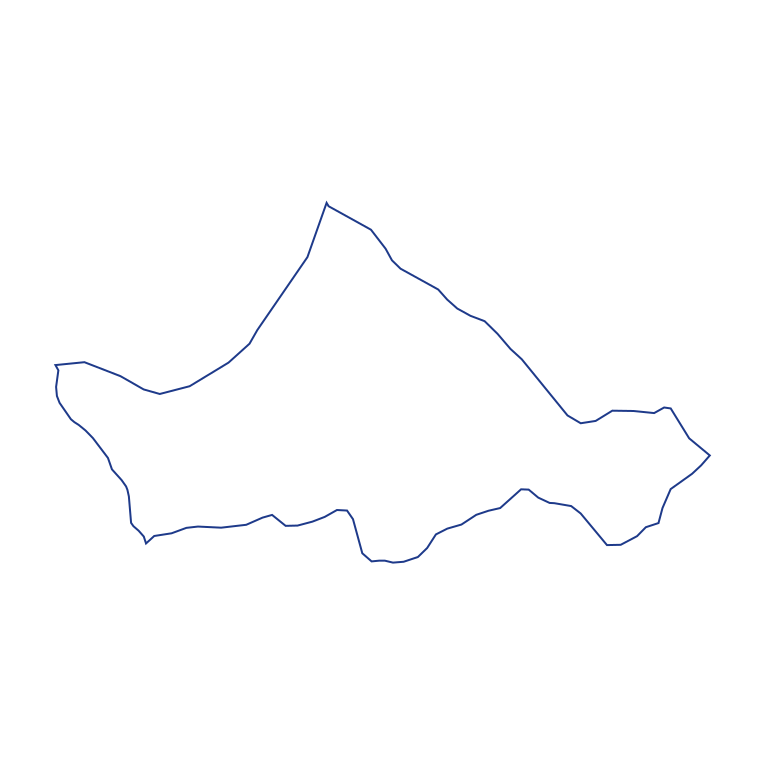 map outline of Bazéga (orthographic projection), rotated 183°
{"feature_id": "BFA-2814", "entity_name": "Bazéga", "entity_type": "Province", "adm_level": 1, "iso_a3": "BFA", "parent_name": "Burkina Faso", "parent_adm1": "", "projection": "orthographic", "projection_center": [-1.43, 11.889], "detail": "fine", "context": "isolated", "style": "outline", "palette": "blue", "viewbox_px": 768, "rotation_deg": 183, "n_neighbors": 0, "source": "natural_earth", "source_scale": "10m", "svg_char_len": 1359}
<svg xmlns="http://www.w3.org/2000/svg" viewBox="0 0 768 768"><g transform="rotate(183 384 384)"><path d="M613.3,212.3L615.9,219.1L621.3,224.6L626.8,228.9L629.3,232.1L632.9,258.4L634.7,264.9L636.2,268.2L641.0,274.3L651.2,284.5L655.8,295.7L671.9,314.8L679.7,322.0L686.8,327.2L691.2,329.7L694.8,332.4L707.0,348.2L710.0,354.9L711.3,363.9L709.9,380.6L713.1,385.7L684.3,390.1L647.5,378.0L623.7,366.0L607.4,362.3L578.0,371.6L540.4,397.2L520.4,417.2L513.3,431.3L467.1,506.7L450.8,561.9L448.6,558.6L405.1,537.4L389.5,519.2L382.5,507.9L373.5,500.0L334.8,481.2L325.3,471.6L314.8,463.2L301.2,456.6L286.8,452.0L273.3,440.1L259.5,425.6L247.7,415.9L199.1,362.2L185.5,355.1L170.7,358.2L154.6,369.3L133.4,370.1L112.7,369.1L103.0,375.2L96.4,374.6L76.4,345.7L54.9,329.7L63.0,319.4L71.6,310.5L92.2,294.1L99.4,274.7L102.6,259.5L115.0,254.7L123.3,245.3L139.2,235.8L152.9,234.8L180.8,265.0L190.7,271.9L207.7,273.9L212.4,273.9L224.0,278.6L234.0,286.1L241.6,286.0L261.5,266.2L273.0,262.9L285.0,258.2L299.3,247.7L313.2,242.9L324.3,236.5L332.3,222.5L341.1,213.0L355.1,207.5L365.7,206.1L373.8,207.6L379.7,207.3L387.1,206.2L396.8,213.8L407.9,247.4L414.3,255.7L424.4,255.7L436.2,248.2L448.3,242.8L462.9,238.1L474.8,237.2L488.9,247.4L498.3,244.2L514.2,236.2L539.1,232.0L562.3,231.9L573.8,230.0L588.3,223.8L605.5,220.2L613.3,212.3Z" fill="none" stroke="#1e3a8a" stroke-width="2"/></g></svg>